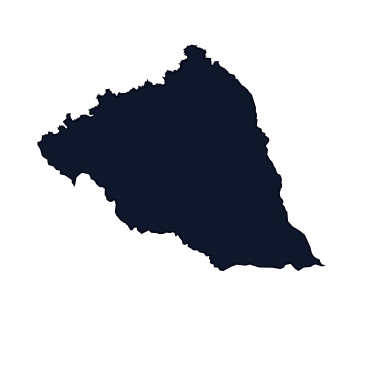 outline of Santissimo Nome De Jesus, Ribeira Grande de Santiago, Cabo Verde, rotated 146°
{"feature_id": "66160863B56005242542710", "entity_name": "Santissimo Nome De Jesus", "entity_type": "district", "adm_level": 2, "iso_a3": "CPV", "parent_name": "Cabo Verde", "parent_adm1": "Ribeira Grande de Santiago", "projection": "robinson", "projection_center": [-23.597, 14.95], "detail": "fine", "context": "isolated", "style": "filled", "palette": "ink", "viewbox_px": 384, "rotation_deg": 146, "n_neighbors": 0, "source": "geoboundaries", "source_scale": "gbopen_adm2", "svg_char_len": 6109}
<svg xmlns="http://www.w3.org/2000/svg" viewBox="0 0 384 384"><g transform="rotate(146 192 192)"><path d="M210.0,109.7L201.5,108.9L195.3,107.4L188.2,101.5L184.3,100.2L178.1,92.5L167.0,84.7L161.4,79.3L157.9,78.7L155.8,80.2L149.8,77.9L148.9,71.2L147.5,67.7L141.3,67.6L135.4,64.3L132.1,64.3L129.6,63.5L125.5,58.2L124.4,57.9L125.5,59.0L125.4,63.3L124.7,64.4L126.7,67.5L127.8,71.0L127.4,74.8L125.3,80.7L123.1,93.3L125.0,99.3L128.6,107.3L129.4,114.3L124.8,122.4L125.2,124.3L124.1,127.9L124.5,131.3L123.9,132.6L123.2,132.5L122.0,133.7L121.8,135.5L122.3,137.9L121.6,140.2L119.7,143.5L117.8,144.6L117.6,145.7L115.5,146.0L114.0,147.7L113.1,150.4L111.3,152.2L110.3,154.6L110.0,157.0L111.2,158.4L111.6,160.4L110.2,165.1L110.3,167.7L109.4,171.9L110.0,175.8L109.3,181.3L106.0,185.0L105.6,189.6L101.6,190.9L99.8,191.8L99.0,193.2L99.2,194.8L100.5,197.7L99.2,199.8L101.1,202.6L99.8,205.6L101.5,208.2L102.1,210.7L97.9,215.7L98.3,217.8L97.2,218.0L95.3,220.5L94.8,223.3L92.4,226.6L88.6,239.3L89.4,242.9L89.2,245.4L90.4,250.2L91.6,252.3L91.9,260.0L93.4,260.4L93.8,261.1L92.4,262.9L92.1,265.1L95.7,269.4L95.5,271.9L96.4,275.8L98.9,280.5L98.6,283.6L97.7,285.6L100.3,286.8L100.7,286.2L100.9,286.6L102.2,285.9L102.3,284.7L102.9,285.1L103.4,284.5L105.5,286.6L103.4,289.9L104.1,290.2L102.2,292.2L104.9,294.3L105.3,294.0L105.4,295.0L106.5,295.0L107.2,296.5L105.4,297.1L106.1,298.3L105.1,298.3L105.8,299.1L102.6,299.9L102.0,302.2L104.3,303.4L103.6,304.5L104.6,305.3L105.0,306.7L107.3,308.0L107.1,308.6L108.1,309.4L107.5,309.8L108.1,310.8L107.7,310.9L108.6,311.2L107.9,311.3L109.5,312.4L109.1,312.4L110.1,313.6L114.0,314.5L114.3,315.1L115.1,314.3L118.8,314.2L118.1,312.9L120.0,312.1L119.3,311.0L120.1,310.4L119.6,310.0L120.7,309.6L119.4,308.0L119.6,306.1L120.6,305.2L121.1,305.9L120.9,305.1L121.9,304.6L123.5,305.4L124.1,304.7L123.6,303.5L124.2,303.1L124.8,305.3L126.0,305.8L126.2,305.4L126.6,306.2L127.0,305.6L127.9,305.9L128.3,304.9L128.8,305.3L129.4,304.4L130.2,304.7L129.7,303.9L130.7,303.7L130.3,303.6L130.7,303.0L130.2,301.8L130.9,301.5L131.3,302.0L132.5,301.3L132.0,300.6L132.9,299.7L133.4,301.2L133.9,301.2L133.2,300.2L134.6,299.8L135.5,300.7L136.1,300.2L137.4,300.6L137.8,301.9L139.0,302.3L140.5,301.3L140.4,300.6L141.4,300.6L142.1,301.3L141.8,302.4L142.5,302.0L143.6,302.8L142.4,303.9L144.9,305.3L144.1,305.6L144.4,306.0L146.5,305.2L146.1,304.8L147.0,305.1L147.7,304.5L147.0,304.2L149.2,302.1L151.1,301.7L151.6,302.3L151.5,301.5L152.1,301.3L151.5,301.3L151.7,299.2L152.4,298.8L152.0,298.2L154.3,296.3L156.8,296.7L158.1,298.9L158.9,298.7L158.7,299.3L159.6,299.4L160.5,301.0L161.3,300.9L160.4,300.3L161.6,300.1L164.9,301.6L165.8,303.1L164.9,303.8L164.8,305.0L166.1,305.9L165.9,306.7L167.1,307.8L166.9,308.7L167.7,307.9L168.6,309.0L169.5,308.8L170.0,308.2L169.6,307.6L170.7,307.6L170.9,306.6L172.1,306.6L172.6,305.6L172.8,306.2L173.8,306.0L174.0,306.8L174.3,306.3L176.4,308.0L176.7,307.7L177.1,308.8L177.9,307.7L177.3,307.1L177.6,306.7L179.6,307.2L180.3,306.1L181.1,306.7L181.8,308.6L182.1,308.1L182.0,309.0L182.7,309.5L182.4,310.4L182.8,310.7L183.0,309.9L184.1,310.4L185.0,310.0L185.6,310.6L188.8,309.7L189.8,310.5L191.5,310.3L194.9,312.4L195.6,312.1L197.0,314.8L199.1,313.7L199.6,311.9L200.3,312.0L200.4,313.1L202.3,314.4L201.6,315.3L201.6,316.7L203.4,317.2L203.8,319.2L203.2,320.6L204.4,321.7L203.8,321.7L204.3,321.8L203.8,322.4L204.4,323.2L203.8,323.5L205.4,324.3L205.4,323.8L206.4,324.1L206.3,323.1L206.8,323.1L207.8,321.4L209.2,321.7L211.1,320.8L214.0,322.2L214.0,322.7L215.8,322.4L215.3,323.6L216.1,323.2L215.7,324.0L216.7,323.4L216.4,324.2L216.6,324.3L217.4,323.4L216.8,322.5L217.8,322.7L217.3,322.1L218.4,319.8L218.2,318.0L219.0,317.5L218.9,315.5L220.7,316.2L221.0,315.2L221.5,315.6L221.4,315.0L222.6,314.3L223.4,315.7L224.2,315.4L224.4,316.4L225.8,316.2L226.1,315.3L227.7,316.9L230.1,316.6L230.6,317.4L230.4,316.8L231.1,317.2L231.0,315.7L232.1,315.1L232.9,313.7L232.2,312.8L231.0,312.8L230.0,311.6L230.1,310.4L231.2,309.7L234.6,310.7L237.0,314.8L238.7,316.1L239.2,315.4L240.6,317.0L241.2,316.6L241.7,317.1L242.2,316.1L244.6,316.2L245.2,315.8L245.3,315.0L245.8,315.3L245.4,315.7L245.8,316.2L246.0,315.2L247.0,315.3L247.0,317.0L247.5,315.8L248.4,316.4L248.9,316.1L248.8,316.7L249.0,317.0L249.4,316.4L251.1,317.2L251.9,318.5L251.6,319.9L252.5,319.8L252.2,320.8L252.6,321.1L250.6,322.5L251.6,322.2L251.9,323.4L250.8,323.6L249.6,325.1L250.2,325.3L250.3,324.7L250.4,325.4L251.9,326.1L253.5,324.7L252.9,323.6L253.8,323.4L254.0,322.7L255.3,322.5L255.7,321.8L256.3,322.2L256.6,321.6L258.2,322.3L259.1,321.7L258.7,320.3L259.0,318.8L258.1,315.6L259.9,314.0L261.5,314.5L261.9,317.8L263.4,319.8L264.2,319.2L265.0,319.3L265.1,319.9L265.5,319.3L266.5,319.5L266.0,319.2L266.7,319.5L266.5,318.9L267.3,318.7L266.8,318.0L267.2,316.0L270.9,315.1L275.0,316.6L275.3,319.4L274.4,319.8L276.1,319.5L276.7,321.2L277.3,321.5L277.7,320.4L279.7,319.7L281.3,321.2L283.3,320.8L284.1,321.3L284.1,322.6L284.3,321.3L284.7,321.6L287.9,318.1L289.6,318.4L289.9,317.9L291.8,319.0L293.0,317.5L293.3,312.1L295.4,306.3L295.2,304.4L292.9,299.4L294.2,297.8L295.1,294.8L292.0,291.3L291.5,286.5L288.5,283.7L290.7,280.7L287.4,277.3L284.2,269.3L285.8,266.5L285.7,263.5L279.9,269.4L273.6,270.2L271.6,269.7L266.8,264.5L267.2,260.8L268.0,259.4L266.6,257.8L265.9,255.5L266.2,252.0L265.4,248.7L264.7,247.6L262.7,246.5L262.2,244.6L261.3,243.8L265.3,238.2L265.3,235.6L266.4,233.2L265.1,230.2L263.6,229.3L261.9,229.7L259.9,228.1L261.8,223.7L266.4,218.3L267.1,215.6L266.6,209.2L265.0,204.8L263.9,203.9L263.9,201.7L263.3,201.1L263.7,194.9L262.6,194.5L259.8,195.5L257.2,194.0L256.6,193.2L258.0,191.5L258.0,189.7L257.3,188.8L256.8,186.1L248.4,185.0L248.3,182.3L247.6,181.1L244.2,178.7L241.9,175.7L239.0,174.1L235.3,173.2L232.8,170.8L230.6,170.3L228.9,168.6L228.6,167.8L229.6,165.0L227.5,165.2L226.9,163.6L227.3,161.2L226.8,157.3L228.1,154.1L227.0,152.8L223.8,151.9L223.6,150.5L225.0,149.7L225.2,148.9L223.4,145.3L223.4,144.3L222.0,142.5L219.7,141.4L218.8,138.1L215.8,135.0L215.6,131.2L213.2,129.8L212.6,128.6L214.4,127.2L214.3,124.9L215.9,123.5L215.8,122.4L213.8,119.9L215.0,117.5L211.9,114.9L212.3,112.0L210.0,109.7Z" fill="#0f172a" stroke="#020617" stroke-width="1.5"/></g></svg>